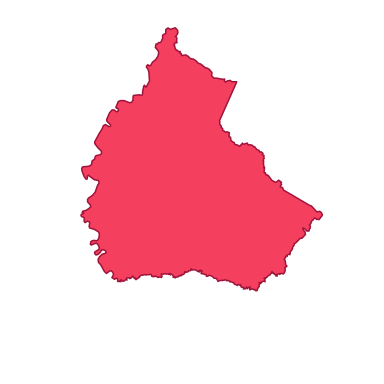 Guajará-Mirim, Rondônia, Brazil, rotated 39°
{"feature_id": "56859067B61607327438980", "entity_name": "Guajará-Mirim", "entity_type": "district", "adm_level": 2, "iso_a3": "BRA", "parent_name": "Brazil", "parent_adm1": "Rondônia", "projection": "mercator", "projection_center": [-64.555, -11.323], "detail": "fine", "context": "isolated", "style": "filled", "palette": "rose", "viewbox_px": 384, "rotation_deg": 39, "n_neighbors": 0, "source": "geoboundaries", "source_scale": "gbopen_adm2", "svg_char_len": 5980}
<svg xmlns="http://www.w3.org/2000/svg" viewBox="0 0 384 384"><g transform="rotate(39 192 192)"><path d="M293.1,234.8L294.7,233.3L294.3,231.6L295.8,232.1L296.0,230.7L296.9,229.4L298.1,231.5L298.6,231.5L299.7,229.3L302.0,228.9L302.2,228.3L304.0,228.5L304.6,227.3L303.8,225.9L303.6,222.9L302.6,222.2L302.6,221.1L301.5,220.1L302.7,220.0L302.9,219.6L302.5,219.2L303.0,218.9L302.9,217.7L303.9,216.1L305.1,215.7L303.7,214.0L302.4,213.7L302.8,212.7L303.4,212.7L303.9,210.9L303.9,209.0L304.8,207.3L304.5,206.6L305.0,205.0L304.2,204.1L304.5,203.6L305.2,204.0L306.9,203.6L306.9,204.1L309.1,203.7L310.1,204.4L311.0,203.7L310.0,202.5L311.1,200.6L312.1,200.7L312.4,199.1L314.6,198.2L314.6,196.5L313.7,194.1L311.8,192.2L312.5,190.1L311.8,189.7L310.8,189.7L307.5,186.6L306.1,186.3L305.9,183.7L305.4,183.6L305.3,183.1L305.7,182.1L306.3,181.9L305.7,181.1L306.0,180.2L306.5,179.4L307.4,179.1L306.8,177.6L306.1,177.0L306.0,173.4L304.9,171.3L304.9,169.3L304.1,168.1L304.7,165.9L305.3,160.0L306.6,158.6L306.9,153.6L305.0,151.9L302.1,151.5L300.9,150.2L302.6,149.7L306.0,150.0L307.4,148.7L306.6,146.9L306.7,146.0L305.5,144.0L304.0,143.8L304.2,141.8L303.5,140.0L303.3,138.3L303.8,137.3L303.5,136.4L303.9,134.8L305.9,134.9L308.1,133.4L308.0,128.5L307.5,127.5L305.2,126.5L303.2,126.8L302.0,128.5L301.0,128.8L293.6,127.7L291.7,128.4L262.0,132.9L259.5,131.6L257.4,132.4L256.8,131.4L256.9,129.9L256.0,129.6L255.4,128.2L252.6,128.2L251.9,128.4L251.3,131.3L250.5,132.0L246.8,132.7L241.0,131.2L240.7,131.6L239.7,131.4L238.5,132.1L237.0,130.9L236.2,131.4L235.3,131.0L233.1,127.5L232.4,127.9L232.0,126.9L229.9,125.3L228.5,123.2L227.7,123.1L227.6,122.3L226.8,121.4L226.9,120.4L225.1,119.0L225.0,118.4L223.1,118.6L222.8,117.3L220.7,117.2L219.3,118.3L218.0,117.5L215.6,118.2L212.1,117.4L211.1,118.0L209.2,117.8L207.3,118.8L206.2,120.0L204.1,119.3L202.3,122.0L201.5,122.6L200.5,122.4L200.3,126.5L197.6,126.9L195.6,128.0L193.7,127.1L190.1,127.6L187.6,125.3L185.5,125.4L184.8,123.7L183.9,123.2L183.7,122.5L181.8,122.9L180.3,124.4L176.7,124.6L176.0,123.5L173.9,123.3L173.1,122.3L170.8,121.8L169.3,119.7L168.5,119.3L157.7,79.1L157.2,78.3L153.5,81.3L151.5,81.2L149.7,83.2L148.8,85.5L147.1,85.3L146.9,84.3L146.1,83.8L144.8,85.2L139.5,88.0L137.3,89.7L134.2,89.4L132.3,86.6L127.9,85.8L125.8,86.2L124.0,87.1L118.6,87.0L115.1,88.1L113.5,87.5L109.6,87.8L106.8,89.3L103.5,89.0L100.9,89.4L98.2,92.4L96.5,91.2L94.9,91.6L94.4,90.3L93.2,91.3L91.3,91.1L90.8,91.7L88.4,90.9L87.1,89.8L86.2,89.7L86.0,88.7L85.3,88.7L84.9,87.5L85.6,86.0L86.3,85.6L86.2,85.1L84.9,84.5L84.6,83.5L83.1,81.7L81.2,81.4L81.5,80.5L81.0,77.4L79.0,75.4L75.7,74.9L72.8,79.3L70.1,79.6L69.4,82.2L71.8,85.4L70.6,87.7L70.6,88.8L72.4,90.9L73.5,95.0L73.3,95.9L72.0,96.9L71.9,99.0L71.0,99.5L71.1,100.0L72.6,102.8L76.4,103.4L78.4,104.6L80.1,107.9L80.4,112.2L79.6,116.0L80.2,119.5L79.5,120.8L77.6,120.9L77.4,122.7L78.0,123.6L80.8,124.4L83.3,126.2L89.1,132.5L90.3,138.9L90.2,139.4L88.0,139.0L87.8,139.9L90.2,144.7L92.3,147.6L92.1,148.6L89.9,149.6L85.9,153.6L85.9,154.6L88.4,157.9L88.6,159.9L88.0,161.3L86.8,162.1L81.9,163.6L78.7,166.2L77.8,168.1L79.5,174.0L80.3,174.4L82.0,173.8L82.8,174.0L83.6,175.3L82.9,177.2L79.6,177.3L78.2,178.7L78.1,182.3L80.0,189.3L81.4,190.6L86.5,191.1L87.1,192.1L87.0,192.8L86.1,193.5L82.2,194.1L81.4,196.2L82.5,199.9L83.0,204.6L84.8,214.2L86.1,215.6L91.3,216.9L95.6,217.2L97.0,218.3L97.4,219.2L97.0,221.3L94.8,223.7L94.4,225.0L95.6,227.7L94.8,230.7L96.5,233.6L96.4,235.5L95.1,237.5L91.6,240.8L91.1,242.0L91.7,243.4L93.2,244.8L98.1,247.7L101.2,248.7L102.2,248.2L102.2,247.6L100.7,245.3L101.0,244.2L108.1,244.0L112.0,242.0L113.5,242.8L114.2,243.9L114.3,245.9L116.9,253.2L116.7,257.6L115.4,261.8L115.5,263.5L117.1,265.4L121.3,266.1L122.6,267.2L122.2,269.9L121.2,273.0L119.2,275.7L119.5,276.8L120.4,276.3L121.2,276.8L120.0,279.1L120.7,280.3L122.2,280.5L123.0,280.0L124.3,279.8L126.6,282.6L127.7,283.1L128.2,283.0L129.0,280.6L131.2,279.8L132.1,280.6L133.6,283.4L135.1,284.4L139.6,282.5L144.1,281.9L145.2,282.1L146.8,283.4L148.6,286.5L149.0,288.5L148.4,290.1L146.3,291.2L144.9,293.1L144.7,294.4L145.9,296.5L147.1,296.6L149.0,293.0L150.2,292.0L151.5,291.9L154.1,293.0L155.4,294.0L155.7,295.5L154.2,299.6L155.0,301.0L156.7,301.4L157.5,300.9L158.4,299.0L158.7,296.6L158.2,293.9L160.3,292.3L162.1,292.2L163.4,293.2L163.4,293.8L161.3,297.0L160.9,300.9L161.5,303.6L163.7,305.6L166.8,306.0L173.9,308.9L176.8,309.1L177.8,304.9L178.9,304.2L180.8,304.2L182.9,305.4L183.7,308.9L186.7,308.6L187.4,306.7L188.5,306.3L190.6,308.2L193.1,306.4L192.6,305.6L192.0,305.7L192.3,304.8L194.3,304.9L195.4,303.7L195.6,302.1L196.7,301.2L195.4,300.5L195.6,299.5L197.7,298.0L198.1,298.4L198.8,297.3L198.5,296.6L198.9,295.0L199.2,295.5L200.1,295.0L201.6,295.3L201.8,294.6L202.4,294.7L203.3,294.7L203.2,295.3L203.6,295.3L204.8,291.2L204.3,291.0L204.8,288.5L206.1,287.6L207.3,285.8L208.1,285.7L211.7,282.1L212.2,281.9L213.8,282.8L214.5,282.6L214.6,282.1L215.7,281.9L216.4,280.3L219.4,279.8L220.4,278.3L221.9,277.8L221.9,276.5L219.9,275.3L220.0,274.8L221.7,273.6L222.7,272.2L223.9,271.9L225.4,270.0L225.8,270.5L226.2,269.9L226.9,270.0L226.5,269.3L226.8,268.9L229.2,268.8L230.5,269.2L230.8,269.8L231.2,269.3L231.4,269.8L231.9,269.7L231.9,269.0L233.0,269.1L233.2,268.1L234.4,267.1L234.9,265.6L234.5,265.5L234.7,265.0L236.2,264.0L235.8,262.8L236.7,262.5L237.4,260.9L237.4,260.0L236.6,258.7L237.0,258.2L237.5,258.5L237.9,258.1L239.2,256.3L239.0,255.4L240.2,254.2L240.5,253.4L239.7,252.7L239.9,252.3L241.5,252.3L243.2,250.5L246.6,250.0L247.0,249.1L247.9,249.6L248.3,248.1L247.5,248.0L248.3,247.1L249.9,247.5L250.0,249.2L250.5,249.6L252.7,248.3L253.6,248.3L254.3,247.6L255.4,247.5L256.3,248.4L257.3,247.3L257.5,246.1L259.6,245.1L261.4,244.8L263.0,245.2L265.5,243.8L268.5,245.0L269.8,242.7L271.1,241.9L273.6,238.9L274.7,239.2L276.0,237.9L277.4,237.5L277.8,238.0L278.8,237.2L281.9,236.3L282.4,236.8L283.5,236.8L284.6,236.3L286.0,236.2L286.4,234.5L287.8,234.3L288.2,233.5L289.5,234.7L290.8,234.8L292.2,233.6L292.8,233.8L293.1,234.8Z" fill="#f43f5e" stroke="#9f1239" stroke-width="1.5"/></g></svg>